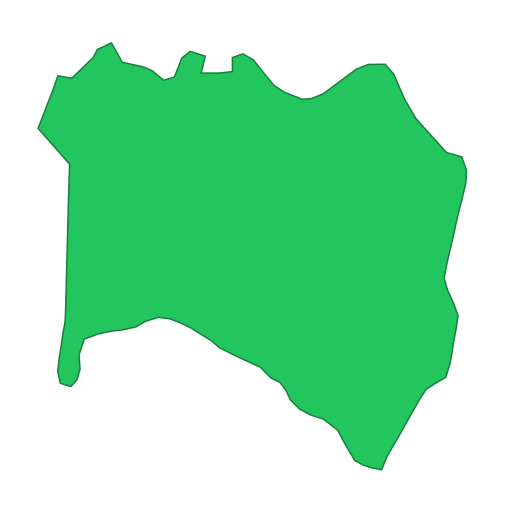 Caaporã, Paraíba, Brazil, rotated 178°
{"feature_id": "56859067B18001718921776", "entity_name": "Caaporã", "entity_type": "district", "adm_level": 2, "iso_a3": "BRA", "parent_name": "Brazil", "parent_adm1": "Paraíba", "projection": "mercator", "projection_center": [-34.92, -7.478], "detail": "fine", "context": "isolated", "style": "filled", "palette": "green", "viewbox_px": 512, "rotation_deg": 178, "n_neighbors": 0, "source": "geoboundaries", "source_scale": "gbopen_adm2", "svg_char_len": 1404}
<svg xmlns="http://www.w3.org/2000/svg" viewBox="0 0 512 512"><g transform="rotate(178 256 256)"><path d="M137.9,38.0L132.1,51.1L125.0,62.2L115.4,77.7L107.7,90.4L98.6,105.3L90.5,117.0L78.9,123.7L70.6,128.2L65.9,141.6L63.9,150.5L61.1,165.1L58.3,177.5L56.2,189.3L59.9,201.0L65.8,215.5L68.8,227.1L65.9,240.1L62.0,254.8L57.3,271.9L54.3,284.0L51.5,294.2L47.9,306.3L43.6,322.3L42.7,334.8L47.0,347.9L62.0,352.8L69.7,362.0L81.3,375.7L91.4,387.8L101.9,407.2L112.0,432.9L120.3,443.1L137.0,443.5L149.2,439.2L183.3,415.7L195.3,411.4L204.3,411.0L222.1,418.8L232.2,425.9L244.8,442.6L251.5,451.8L262.0,458.5L272.7,455.1L273.1,441.1L287.7,440.1L304.4,440.7L299.7,457.5L314.7,462.8L323.1,456.6L331.3,437.7L342.0,434.8L353.5,444.9L361.7,448.8L382.9,454.3L393.0,474.0L407.4,467.9L411.8,460.0L433.9,440.1L447.7,443.0L453.0,429.5L469.3,391.2L439.1,354.3L441.6,316.3L448.3,206.8L449.2,196.4L451.7,185.5L453.9,172.4L456.0,162.2L458.2,147.7L456.0,135.6L445.5,132.0L439.1,138.8L435.8,149.0L436.3,163.2L430.5,179.0L416.4,183.6L404.1,185.8L391.1,187.0L378.4,189.3L369.0,194.5L355.9,198.1L344.8,196.4L335.7,192.7L323.7,186.4L312.2,178.7L303.6,172.8L295.7,165.6L285.6,160.1L274.7,154.3L266.3,150.1L255.4,144.6L245.3,133.5L236.5,128.8L230.9,121.0L226.4,110.6L217.8,101.5L207.3,95.3L194.7,90.8L180.5,79.2L174.7,67.1L169.8,57.9L164.5,48.2L156.8,43.7L148.0,40.3L137.9,38.0Z" fill="#22c55e" stroke="#15803d" stroke-width="1.5"/></g></svg>